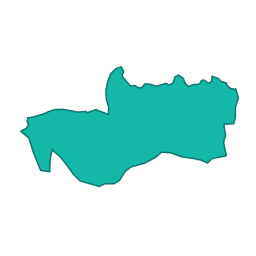 Palodeia, Limassol, Cyprus (orthographic projection), rotated 7°
{"feature_id": "46923920B73040476031074", "entity_name": "Palodeia", "entity_type": "district", "adm_level": 2, "iso_a3": "CYP", "parent_name": "Cyprus", "parent_adm1": "Limassol", "projection": "orthographic", "projection_center": [32.99, 34.743], "detail": "fine", "context": "isolated", "style": "filled", "palette": "teal", "viewbox_px": 256, "rotation_deg": 7, "n_neighbors": 0, "source": "geoboundaries", "source_scale": "gbopen_adm2", "svg_char_len": 1310}
<svg xmlns="http://www.w3.org/2000/svg" viewBox="0 0 256 256"><g transform="rotate(7 128 128)"><path d="M27.3,130.1L27.2,133.9L28.9,137.3L26.8,140.9L22.2,144.0L22.1,144.4L30.9,150.1L36.8,163.3L46.5,180.7L55.6,180.9L54.5,168.3L55.4,158.9L65.2,165.6L72.6,173.2L79.2,180.3L86.9,186.4L106.7,189.5L111.8,186.2L120.8,185.1L125.9,181.1L126.2,180.5L130.7,171.1L135.4,166.5L148.8,160.8L159.4,153.5L164.0,148.0L173.3,147.4L185.1,150.1L196.4,150.3L204.8,151.0L211.2,153.1L214.5,148.7L218.1,147.0L227.4,144.3L229.0,143.3L226.8,137.4L224.6,130.4L225.7,122.8L223.9,117.6L222.9,112.5L232.3,110.9L233.3,104.8L232.1,94.4L233.9,84.6L230.1,76.0L229.2,76.7L225.1,76.2L221.1,73.7L220.3,71.4L214.8,70.5L211.0,67.6L205.2,66.5L205.3,71.1L203.0,73.7L200.6,72.9L197.4,71.1L195.1,72.0L193.6,75.8L187.9,76.9L182.7,79.6L179.1,76.2L176.7,71.9L171.6,69.4L171.6,69.7L168.6,71.3L166.9,78.4L163.1,80.2L160.4,79.0L155.0,81.4L151.0,83.1L144.2,81.9L139.5,82.1L136.5,86.5L132.7,86.8L129.9,84.9L125.2,86.1L123.0,83.9L117.4,79.0L115.8,76.7L116.8,72.1L113.7,68.1L108.6,70.7L104.2,76.4L102.3,84.2L101.5,93.5L102.9,102.0L106.2,109.3L106.9,117.0L102.8,115.9L93.5,113.7L85.7,117.9L84.2,116.6L76.2,118.4L70.0,117.9L61.0,117.4L53.2,118.6L47.3,121.4L41.7,124.7L33.2,128.4L27.9,130.1L27.3,130.1Z" fill="#14b8a6" stroke="#0f766e" stroke-width="1.5"/></g></svg>